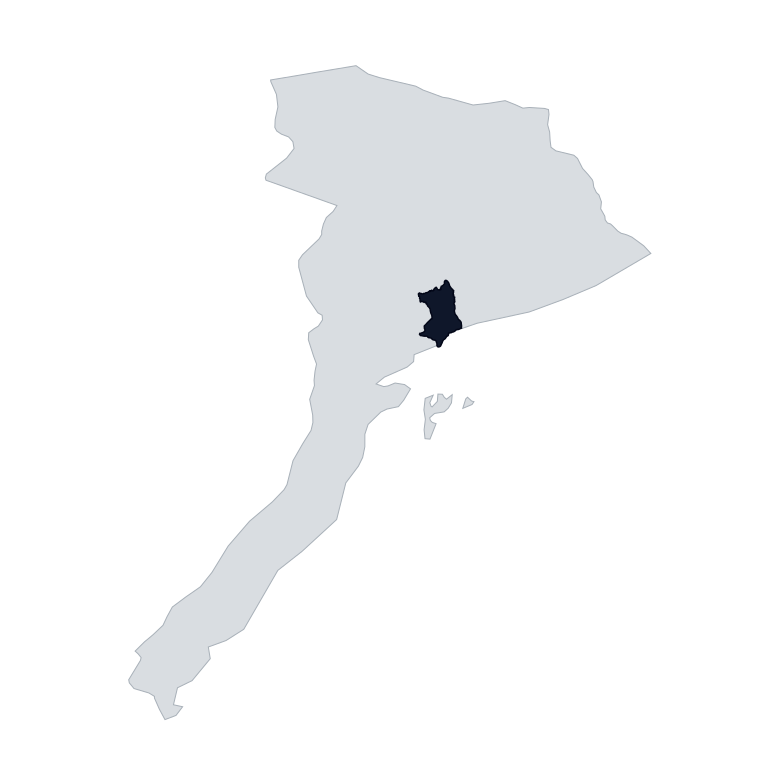 Shieb, Semenawi Keyih Bahri, Eritrea shown in context, rotated 86°
{"feature_id": "51966322B10496032300276", "entity_name": "Shieb", "entity_type": "district", "adm_level": 2, "iso_a3": "ERI", "parent_name": "Eritrea", "parent_adm1": "Semenawi Keyih Bahri", "projection": "orthographic", "projection_center": [39.092, 15.818], "detail": "fine", "context": "in_parent", "style": "filled", "palette": "ink", "viewbox_px": 768, "rotation_deg": 86, "n_neighbors": 0, "source": "geoboundaries", "source_scale": "gbopen_adm2", "svg_char_len": 7818}
<svg xmlns="http://www.w3.org/2000/svg" viewBox="0 0 768 768"><g transform="rotate(86 384 384)"><path d="M72.8,475.9L70.1,447.6L68.2,428.7L66.3,408.6L64.5,389.7L73.7,378.2L78.0,367.3L89.1,331.6L93.5,324.5L102.1,305.4L103.3,299.8L111.9,275.7L111.3,259.7L109.8,243.4L114.4,233.8L118.5,226.2L118.3,219.7L120.3,204.6L121.7,200.8L126.6,200.6L136.7,202.7L144.2,201.2L152.8,201.3L159.5,200.9L163.4,196.3L169.0,178.7L172.5,175.2L175.2,174.1L182.8,170.9L189.3,165.8L194.6,162.1L196.6,161.4L202.2,161.0L207.8,158.8L210.4,156.4L217.5,154.4L224.4,155.6L229.0,153.4L232.1,152.0L235.7,151.9L238.9,149.9L240.2,146.8L242.3,144.8L247.7,140.2L250.2,136.9L251.3,133.6L252.4,130.9L254.8,126.4L264.3,115.2L272.4,108.7L300.6,165.6L312.1,199.2L322.3,234.2L329.9,286.9L337.1,313.7L348.8,326.9L356.8,351.9L363.7,352.9L368.7,359.7L377.2,383.2L383.4,391.9L386.6,384.4L386.2,380.1L383.8,372.9L386.0,363.5L390.7,357.9L401.6,365.5L407.6,371.2L409.2,382.8L411.8,389.2L423.2,402.7L432.8,406.6L445.3,407.5L455.8,410.4L464.2,415.3L480.0,429.0L515.9,440.7L545.2,477.4L562.5,502.9L618.9,541.0L628.9,559.5L634.1,577.6L645.9,576.5L666.5,596.1L672.6,611.2L689.3,616.4L691.9,607.4L700.1,614.6L703.5,625.9L692.9,630.7L681.3,634.9L679.6,634.8L675.8,640.1L670.4,654.6L664.4,658.9L661.2,659.3L642.7,646.2L639.9,645.4L635.9,648.2L633.1,650.9L624.5,640.9L618.1,632.0L609.3,621.3L600.9,616.6L591.7,610.7L582.7,596.7L573.5,581.3L560.0,568.8L534.7,550.7L511.5,527.7L493.8,503.6L482.4,491.0L477.6,487.8L454.1,480.1L437.7,469.1L425.2,460.0L417.4,457.6L410.0,457.3L394.1,459.2L380.8,453.5L375.3,453.5L366.4,451.9L359.4,449.9L351.3,452.3L334.5,456.4L327.6,455.5L323.9,449.8L321.7,445.5L315.8,440.9L311.1,440.9L308.4,445.0L290.9,455.2L261.6,460.9L254.6,460.4L249.4,456.3L234.7,438.6L230.5,435.7L227.1,435.5L220.3,433.3L213.9,429.9L208.3,422.7L202.7,418.5L196.5,432.6L185.7,457.3L179.9,470.5L172.5,487.5L170.1,488.0L166.4,486.7L151.9,465.4L142.8,457.3L135.9,458.0L130.9,461.9L127.6,468.9L124.2,473.3L120.5,475.0L112.5,474.1L100.2,470.5L87.6,471.1L74.5,475.8L72.8,475.9ZM416.9,335.6L420.9,340.8L423.6,340.3L425.7,338.5L427.2,334.8L442.2,342.0L441.4,346.9L432.5,347.2L422.1,345.2L412.6,346.0L401.2,343.9L398.6,335.7L405.8,339.6L409.6,338.6L410.2,337.6L405.1,332.0L397.8,330.9L398.3,326.5L401.5,324.8L403.5,322.7L399.4,316.7L407.5,318.0L412.6,321.6L416.0,325.9L416.9,335.6ZM410.6,297.6L413.8,307.1L404.6,303.5L403.0,301.6L407.1,297.8L407.9,295.5L410.6,297.6Z" fill="#d9dde1" stroke="#a8b0b8" stroke-width="1"/><path d="M296.1,343.2L296.4,343.3L297.3,343.4L298.3,343.2L298.9,343.2L299.1,342.6L299.6,342.4L300.3,342.4L300.9,342.5L301.2,342.5L301.5,342.1L303.0,342.2L303.9,342.2L304.2,342.1L304.5,342.0L304.4,341.9L304.4,341.6L304.1,341.5L304.1,341.4L304.3,341.4L304.3,341.2L304.2,341.0L304.2,340.9L304.4,340.6L304.4,340.4L304.4,340.2L304.5,340.0L304.5,339.7L304.5,339.4L304.6,339.2L304.9,339.0L304.5,338.7L304.6,338.3L304.8,338.1L305.1,337.9L305.2,337.7L305.4,337.7L305.5,337.6L305.5,337.3L305.3,337.0L305.3,336.6L305.7,336.5L305.9,336.5L306.2,336.4L306.5,336.1L306.7,336.3L306.9,336.1L307.2,336.1L307.3,335.9L307.4,335.6L307.8,335.4L308.2,335.2L308.3,335.2L308.8,335.2L309.2,335.0L309.6,334.7L310.2,334.1L310.5,333.9L310.8,333.7L311.3,333.3L312.0,333.0L312.4,332.8L313.1,332.7L313.7,332.7L314.1,332.7L315.5,332.5L316.0,332.4L316.5,332.3L317.2,332.1L317.4,331.9L317.9,331.8L318.2,331.7L319.0,331.5L319.5,331.4L320.4,331.5L322.1,331.4L322.1,331.8L322.3,332.3L323.8,334.0L324.0,334.3L324.7,335.0L325.7,336.3L326.0,336.5L326.4,337.0L326.8,337.4L327.0,337.6L327.5,338.0L328.1,338.7L328.3,339.1L329.0,339.8L329.7,339.8L330.5,339.8L330.9,339.8L331.5,339.8L332.1,339.5L332.2,339.4L332.8,339.4L333.1,339.4L333.8,339.5L334.3,339.8L334.4,340.2L334.5,340.3L335.0,340.6L335.1,340.8L335.4,341.7L335.5,342.5L335.8,343.0L335.9,343.3L336.0,343.9L336.0,344.7L336.4,344.8L336.6,345.0L336.9,345.1L337.4,344.8L337.5,344.8L337.7,344.6L337.8,344.3L338.1,343.9L338.3,343.9L338.4,343.7L338.3,343.4L338.3,343.2L338.4,342.8L338.6,342.4L338.8,341.6L338.7,341.4L338.8,341.2L339.1,340.7L338.9,340.3L339.0,340.1L339.1,339.9L339.2,339.6L339.2,339.4L339.1,339.0L339.2,338.6L339.2,338.2L339.5,337.6L339.7,337.4L340.4,336.9L340.8,336.4L340.9,336.1L341.2,334.6L341.4,334.0L341.5,333.8L341.9,333.5L342.2,333.1L342.5,333.0L343.1,332.4L343.3,331.9L343.5,331.5L343.8,330.2L344.2,329.5L344.4,329.3L345.2,328.9L346.1,328.7L346.3,328.7L346.9,328.4L347.5,328.4L348.0,328.4L349.6,328.5L349.8,328.2L350.1,328.0L350.3,328.0L350.5,327.9L350.6,327.7L350.8,327.3L350.8,326.9L350.8,326.7L350.7,326.1L350.5,325.6L350.3,325.3L350.1,325.0L349.7,324.7L348.9,324.3L347.8,323.7L347.2,323.3L346.5,323.0L345.0,322.3L344.3,321.8L343.8,321.2L343.7,320.9L343.5,320.7L343.4,320.3L343.2,320.1L342.9,319.7L342.4,319.3L341.3,318.5L340.9,318.2L340.5,317.4L340.4,317.0L340.1,316.6L339.7,316.4L339.4,316.4L338.1,316.2L337.9,316.2L337.7,315.8L337.7,315.6L337.6,315.4L337.6,314.8L337.5,314.5L337.4,314.2L337.4,313.9L337.5,313.7L337.5,313.4L337.4,313.1L337.0,312.3L336.9,312.0L336.9,311.3L336.6,310.5L336.3,309.9L336.2,309.7L335.8,309.4L335.7,309.1L335.4,308.9L335.1,308.5L335.0,308.3L334.8,307.9L334.7,307.1L334.6,306.7L334.7,306.2L334.7,305.7L334.6,305.3L334.2,304.6L334.0,304.1L333.9,303.9L333.7,302.8L333.0,302.8L331.7,302.6L330.6,302.6L329.6,302.7L329.0,302.7L328.5,302.7L327.8,302.8L327.3,303.0L327.0,303.2L326.5,303.5L325.9,304.0L325.7,304.1L325.5,304.4L324.9,305.0L324.6,305.4L324.3,305.5L323.8,305.6L323.0,306.0L322.6,306.0L322.2,306.3L321.3,306.8L320.9,307.0L319.9,307.8L319.5,308.0L319.4,308.1L319.0,308.3L318.7,308.3L317.2,308.6L316.5,308.7L315.2,308.6L314.6,308.3L314.1,308.1L313.7,308.0L313.1,307.9L312.0,308.1L311.6,308.0L311.4,307.9L311.1,307.9L310.3,308.1L310.1,308.2L309.1,308.6L308.8,308.6L308.7,308.8L308.2,308.7L308.0,308.4L307.7,308.0L307.2,308.0L306.9,307.8L306.7,307.7L306.6,307.9L306.5,308.0L306.1,307.7L305.7,307.8L305.3,307.7L305.2,307.7L304.9,308.0L304.7,307.8L304.6,307.7L304.3,307.8L304.1,307.9L303.7,307.8L303.4,307.7L303.0,307.5L302.5,307.5L302.3,307.6L302.2,307.6L302.2,307.9L302.0,308.1L302.0,308.3L301.9,308.4L301.7,308.4L301.4,308.5L301.2,308.5L300.9,308.7L300.5,308.6L300.3,308.5L300.3,308.3L300.2,308.2L300.0,308.3L299.9,308.5L299.7,308.6L299.2,308.7L299.0,308.8L298.9,308.9L298.6,308.8L298.5,308.6L298.4,308.6L297.9,308.5L297.2,308.2L297.1,308.3L296.5,308.2L296.4,308.2L296.1,308.2L295.9,308.1L295.8,308.4L295.5,308.5L295.3,308.6L295.1,308.7L294.6,308.8L294.3,309.2L293.2,310.2L290.9,311.6L288.4,312.2L287.7,312.4L287.0,312.8L286.4,313.2L286.1,313.4L285.9,313.5L285.7,313.8L285.3,314.2L285.0,314.7L284.9,315.2L285.0,315.7L285.2,315.9L285.9,316.5L287.2,316.7L287.7,316.6L288.2,316.6L288.4,316.7L288.5,316.8L288.8,317.3L289.3,317.7L289.6,318.1L290.4,319.4L290.5,319.8L290.5,320.0L291.2,320.3L291.6,320.4L291.9,320.5L292.2,320.8L292.3,320.9L292.5,320.8L292.7,320.5L292.8,320.4L293.3,320.4L293.7,320.6L293.8,320.7L293.8,320.8L293.7,320.9L293.6,321.0L293.6,321.3L293.6,321.6L293.9,321.7L294.0,321.7L294.1,321.8L293.9,322.9L293.6,323.7L293.5,323.8L293.0,324.2L292.8,324.3L292.7,324.3L292.5,324.5L291.4,324.9L291.2,325.1L291.2,325.4L291.3,325.6L291.5,325.7L291.7,325.9L291.8,326.4L291.9,326.6L292.7,327.2L292.9,327.6L293.0,327.7L293.6,327.6L293.9,327.7L294.1,327.8L294.2,328.2L294.5,328.5L294.5,329.0L294.4,329.3L294.0,329.6L293.8,329.7L293.8,329.8L293.8,330.0L294.2,330.5L294.6,331.0L295.4,331.3L295.5,331.3L295.2,331.4L294.8,331.5L294.7,331.5L294.4,331.6L294.2,331.6L294.2,331.9L294.3,332.0L294.6,332.3L294.9,332.4L294.9,332.6L294.9,332.8L295.1,333.1L295.4,333.6L295.6,333.9L295.8,334.2L295.9,334.8L295.8,335.6L295.9,335.8L296.1,336.2L296.5,337.0L296.6,337.3L296.5,337.7L296.4,338.0L296.5,338.2L296.8,338.5L296.9,339.0L296.8,339.4L296.5,340.1L296.4,340.3L296.3,340.6L296.4,341.3L296.3,341.5L296.2,341.7L295.7,342.0L295.8,342.2L295.9,342.4L296.1,343.2Z" fill="#0f172a" stroke="#020617" stroke-width="1.5"/></g></svg>